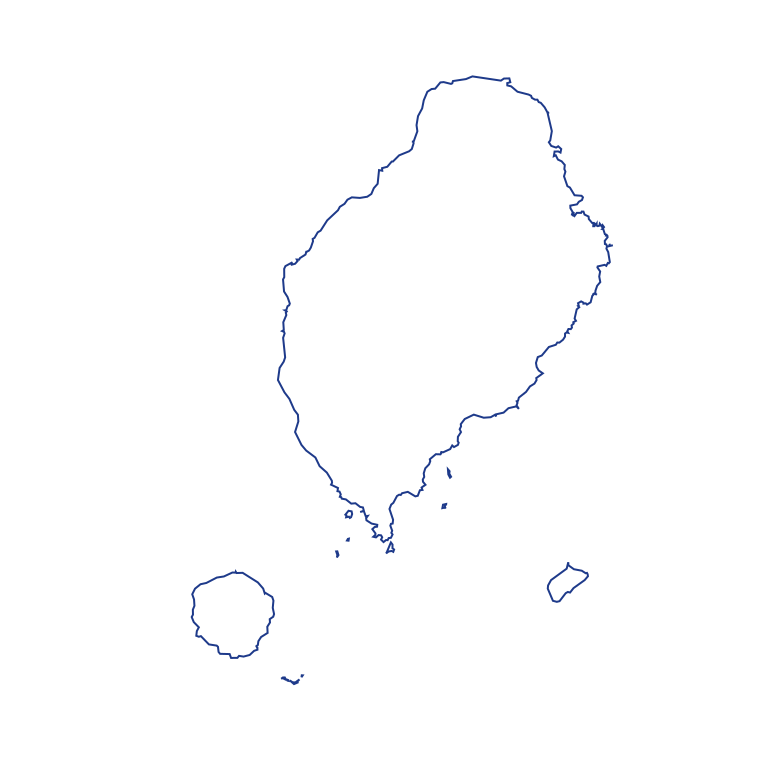 outline of Biliran, Biliran, Philippines, rotated 250°
{"feature_id": "2640588B24635602844812", "entity_name": "Biliran", "entity_type": "district", "adm_level": 2, "iso_a3": "PHL", "parent_name": "Philippines", "parent_adm1": "Biliran", "projection": "albers", "projection_center": [124.427, 11.639], "detail": "fine", "context": "isolated", "style": "outline", "palette": "blue", "viewbox_px": 768, "rotation_deg": 250, "n_neighbors": 0, "source": "geoboundaries", "source_scale": "gbopen_adm2", "svg_char_len": 6154}
<svg xmlns="http://www.w3.org/2000/svg" viewBox="0 0 768 768"><g transform="rotate(250 384 384)"><path d="M464.1,634.7L468.9,632.9L471.4,633.5L474.6,630.4L477.8,630.4L478.4,628.8L477.4,627.8L478.9,623.7L476.8,620.6L477.9,620.4L477.0,618.9L479.9,620.8L480.3,620.5L478.2,618.0L480.9,620.1L485.5,619.3L487.9,620.1L486.8,626.8L488.6,629.4L489.2,633.0L491.4,634.8L493.3,634.0L496.2,627.6L505.0,625.9L507.2,624.0L517.6,624.2L521.5,627.1L524.3,627.0L528.0,628.8L532.5,627.1L535.4,624.2L540.2,623.6L540.0,621.5L544.1,623.8L542.9,627.3L541.1,629.0L544.2,630.9L547.8,629.0L547.3,626.6L550.5,622.6L554.8,621.6L556.0,623.5L564.2,628.2L582.6,630.4L582.8,632.0L583.0,630.5L589.0,629.6L594.6,627.5L596.0,625.8L598.7,625.4L599.6,623.1L602.3,620.8L604.5,620.8L606.5,618.9L613.0,609.4L620.2,605.3L622.4,602.0L624.6,602.7L624.4,605.9L628.3,606.3L630.0,601.2L629.1,597.6L642.8,572.3L642.5,565.3L645.1,552.4L643.2,551.0L643.1,549.6L647.3,543.3L648.1,540.1L644.0,533.1L644.9,529.6L643.8,524.7L637.0,518.4L629.9,514.1L624.1,507.6L616.1,503.1L610.1,501.8L601.7,494.8L602.3,493.2L601.5,494.5L600.0,494.1L595.3,490.5L594.1,487.2L593.7,476.4L590.0,468.5L590.4,467.3L587.0,461.4L587.5,456.0L585.0,455.3L586.7,452.5L574.3,446.5L571.5,441.4L566.9,437.1L565.7,432.3L567.1,425.0L570.4,417.6L569.7,412.7L566.8,408.5L565.6,403.1L563.0,400.2L557.2,386.6L549.8,376.9L549.2,373.6L545.1,368.7L544.7,366.6L542.4,366.1L537.2,361.9L535.1,359.3L534.6,356.4L535.5,355.6L534.6,356.1L532.5,354.5L531.1,348.2L529.9,346.8L530.8,344.6L529.1,344.8L527.4,341.6L527.7,338.0L529.0,337.8L529.7,339.6L528.5,331.7L526.4,329.6L518.5,326.8L516.8,324.9L505.1,321.7L498.8,323.1L491.8,323.0L490.4,321.8L490.1,320.0L486.8,317.4L487.1,316.1L485.4,317.4L484.6,316.1L482.2,315.8L476.5,310.5L469.0,308.3L468.6,306.4L467.2,307.9L465.5,307.9L461.9,305.0L442.8,300.2L439.3,297.4L434.8,291.4L424.0,285.7L410.2,287.6L402.4,290.0L390.4,290.8L384.6,292.6L378.1,290.7L369.3,284.0L355.0,285.6L348.1,288.1L338.4,294.4L328.8,295.4L320.3,300.0L311.0,301.9L308.9,301.4L307.5,299.8L302.0,305.2L299.2,303.6L298.1,305.4L295.1,305.6L293.1,303.9L292.3,305.1L290.7,305.1L288.6,308.7L282.8,312.3L281.7,316.4L276.7,319.5L275.2,322.0L271.6,321.7L271.7,320.8L272.8,320.9L271.7,320.8L271.9,317.8L271.5,321.6L265.9,321.6L265.6,323.6L264.0,321.3L261.9,320.9L257.1,324.6L254.0,329.5L252.3,328.7L252.8,326.3L251.6,323.4L246.5,324.9L245.1,324.2L244.1,321.7L242.6,324.0L243.9,327.3L242.8,329.5L240.6,329.9L238.8,328.0L235.6,329.5L236.7,332.6L236.0,334.0L237.6,335.7L237.1,337.9L239.7,340.6L241.6,340.0L243.3,341.5L248.7,341.5L250.2,342.7L249.9,344.4L253.3,346.1L264.7,346.4L268.2,349.5L269.1,352.1L274.3,357.9L274.8,360.4L274.0,361.8L275.2,363.6L274.5,369.5L267.7,375.0L267.4,377.5L271.9,381.4L271.3,383.9L273.9,383.9L275.1,388.5L278.8,387.2L281.0,387.8L282.9,390.0L286.5,390.8L290.7,394.0L293.1,398.9L295.7,401.1L297.6,401.3L300.3,408.7L298.6,413.0L299.8,414.6L300.9,413.9L299.6,416.2L300.2,423.9L302.9,427.1L300.8,428.2L301.5,432.6L303.3,434.1L305.0,433.7L309.1,435.4L312.5,439.9L315.6,439.6L317.8,441.9L320.0,442.4L323.5,447.9L324.5,457.9L318.2,466.2L316.3,472.9L317.1,477.7L315.2,478.3L317.2,478.7L316.2,486.6L318.7,492.7L317.7,500.8L314.5,502.2L318.7,501.3L320.6,503.0L322.4,502.8L322.4,504.2L325.1,506.1L328.0,514.8L331.8,520.3L332.9,525.5L335.5,528.7L337.5,529.1L339.7,536.9L343.8,534.0L347.8,533.3L351.8,534.0L356.7,537.7L356.8,542.0L362.4,551.6L362.1,558.9L363.7,561.0L362.9,563.0L364.4,567.4L366.6,570.3L369.5,571.4L370.0,573.2L369.1,574.6L370.9,574.3L372.6,576.1L371.7,578.3L372.7,579.9L374.9,580.3L375.9,582.9L377.3,583.0L377.7,586.0L380.3,585.5L388.2,590.6L389.4,593.7L391.0,593.0L391.1,593.8L394.4,594.0L393.6,594.2L394.2,597.5L392.3,599.2L391.3,598.9L390.8,601.2L389.2,601.9L390.1,606.1L395.6,609.9L396.4,611.5L397.7,611.2L396.8,611.8L397.1,612.6L395.1,614.5L396.8,613.5L399.3,614.6L403.4,617.9L405.8,622.1L411.4,623.0L415.8,625.6L420.5,624.4L421.4,625.0L420.5,632.1L419.0,633.3L421.2,635.7L420.5,636.5L421.3,637.9L431.3,639.8L435.1,639.3L436.8,640.4L436.1,646.5L436.5,643.8L438.7,643.7L436.5,643.8L436.9,640.6L439.2,640.6L440.0,639.5L443.0,640.4L445.4,644.3L446.7,644.6L447.5,643.4L448.2,644.1L449.3,642.8L454.5,643.0L455.0,642.1L456.2,644.4L458.6,643.7L457.5,642.5L460.8,641.6L459.1,640.5L459.2,638.9L460.1,638.0L461.8,638.6L461.2,637.9L462.3,637.2L460.3,635.7L460.7,634.6L463.7,635.9L464.1,634.7ZM211.6,121.5L209.8,123.6L209.7,125.7L199.2,130.4L195.4,137.3L193.8,138.1L188.8,136.9L186.5,137.7L183.0,146.6L178.9,146.6L176.8,152.6L178.1,154.8L175.9,158.8L175.3,165.1L177.7,170.7L177.6,174.2L180.3,175.1L179.5,174.6L181.3,174.4L181.9,176.2L185.3,178.0L188.3,182.0L189.9,189.5L195.8,191.3L198.9,195.3L202.1,196.2L203.2,200.3L205.4,202.0L211.7,202.9L218.2,206.0L222.1,206.1L228.3,201.1L227.9,200.3L233.1,200.5L240.7,197.6L254.9,186.6L256.8,180.8L258.3,180.5L257.5,180.0L258.7,177.1L257.9,167.7L259.3,160.7L257.8,149.0L258.6,143.1L256.3,136.4L252.0,131.9L246.5,131.8L240.4,130.0L237.3,127.2L232.6,125.6L230.8,123.6L225.3,123.8L218.7,126.8L215.8,123.6L211.6,121.5ZM135.7,467.9L122.5,468.6L120.2,471.9L119.9,474.7L125.3,483.2L125.7,485.6L124.4,487.5L127.4,492.3L131.1,505.5L133.6,509.9L135.6,510.3L137.1,510.1L137.2,508.8L140.9,506.0L145.0,499.1L150.6,495.3L153.5,496.2L148.0,492.5L142.6,473.9L138.6,469.3L135.7,467.9ZM277.0,307.3L274.4,303.0L273.3,303.8L271.7,302.8L271.3,305.7L269.8,306.1L270.1,307.5L272.7,309.6L275.4,310.0L277.0,307.3ZM232.8,336.3L225.3,329.4L224.1,328.1L225.0,331.0L224.5,334.1L223.1,335.3L225.0,336.9L226.8,335.8L230.2,337.1L232.8,336.3ZM273.9,415.3L277.5,414.7L279.6,415.8L282.0,414.9L277.0,413.5L273.4,414.0L273.9,415.3ZM250.4,398.2L247.4,396.4L247.1,398.8L246.0,399.3L248.0,399.3L249.4,400.0L249.4,401.1L250.0,401.4L250.4,398.2ZM137.7,194.1L132.8,196.8L133.0,200.8L134.2,201.1L135.3,203.5L133.9,198.6L135.0,196.1L137.7,194.1ZM237.1,280.4L238.8,282.7L242.7,282.9L243.0,281.8L239.3,281.7L237.1,280.4ZM142.2,186.6L142.2,188.3L140.2,190.1L140.9,190.6L142.2,190.4L142.8,188.6L142.2,186.6ZM249.6,295.7L248.9,297.1L250.7,298.1L250.8,297.1L249.6,295.7ZM138.4,207.1L136.7,206.2L138.0,208.0L138.4,207.1ZM139.9,191.2L138.3,191.8L137.7,192.7L138.5,192.8L139.9,191.2Z" fill="none" stroke="#1e3a8a" stroke-width="2"/></g></svg>